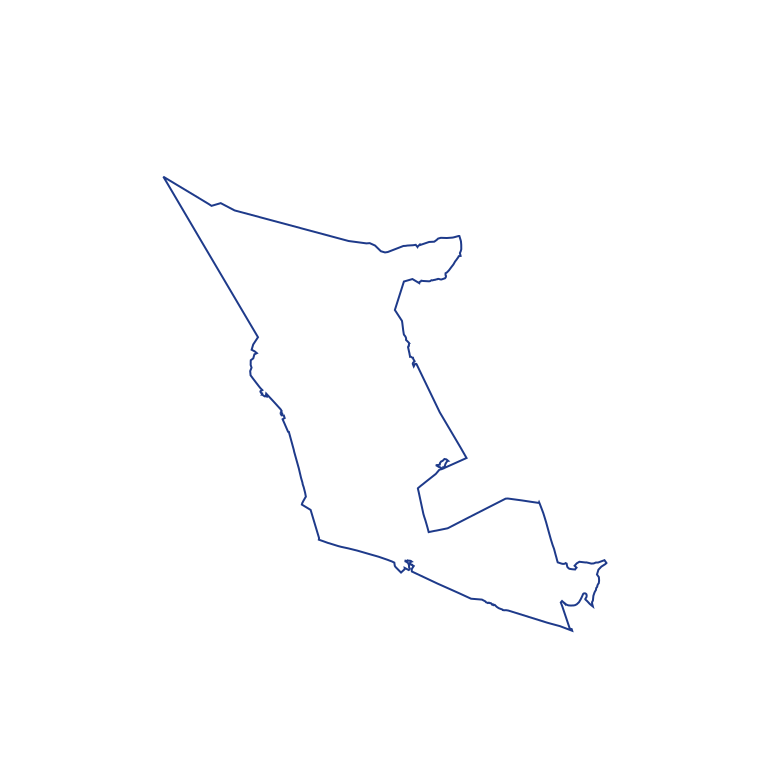 outline of Coatlán del Río, Morelos, Mexico, rotated 308°
{"feature_id": "50627088B55233525258016", "entity_name": "Coatlán del Río", "entity_type": "district", "adm_level": 2, "iso_a3": "MEX", "parent_name": "Mexico", "parent_adm1": "Morelos", "projection": "natural_earth1", "projection_center": [-99.448, 18.734], "detail": "fine", "context": "isolated", "style": "outline", "palette": "blue", "viewbox_px": 768, "rotation_deg": 308, "n_neighbors": 0, "source": "geoboundaries", "source_scale": "gbopen_adm2", "svg_char_len": 5612}
<svg xmlns="http://www.w3.org/2000/svg" viewBox="0 0 768 768"><g transform="rotate(308 384 384)"><path d="M300.4,318.2L299.7,320.0L298.3,320.1L298.3,320.7L298.2,321.8L297.8,321.8L297.7,321.8L296.8,321.2L296.4,322.2L297.1,322.2L297.2,322.3L297.1,324.1L297.5,324.5L296.0,326.7L294.9,326.2L294.6,326.1L293.8,325.8L292.4,328.4L292.1,329.0L287.3,337.8L287.7,338.5L286.5,340.1L276.6,353.4L275.4,354.8L265.0,368.9L258.9,376.5L256.1,380.4L254.9,381.7L253.2,384.3L249.8,388.7L247.1,391.8L245.1,392.0L243.4,392.3L242.9,392.3L241.5,392.6L239.8,392.9L238.4,393.5L239.4,401.9L239.6,403.7L224.5,425.0L222.6,427.7L221.2,428.5L222.7,432.9L224.3,437.8L224.9,439.2L225.3,440.3L228.1,447.7L229.4,450.7L232.5,457.1L236.3,465.6L236.9,467.1L241.6,478.8L243.6,483.7L244.6,486.2L246.7,492.3L247.6,494.9L248.8,498.8L248.9,499.0L249.6,502.1L247.4,504.4L246.9,505.7L246.3,510.3L245.9,513.5L250.7,514.3L251.7,513.6L251.8,513.5L252.6,518.0L253.3,518.2L254.5,517.9L254.9,516.7L256.6,515.2L257.2,514.2L257.5,513.9L257.7,513.4L257.7,511.1L257.4,510.1L258.0,509.7L258.3,510.1L258.8,511.7L259.6,511.4L259.7,511.7L260.8,513.4L261.1,514.2L261.1,515.0L260.4,514.4L260.2,514.7L259.1,515.1L259.1,514.6L258.4,514.6L257.9,515.6L258.3,516.2L258.3,516.9L258.8,517.3L258.9,517.6L258.8,518.1L258.5,518.5L258.9,519.4L258.9,519.5L256.0,519.7L255.0,520.0L254.4,520.4L253.4,521.4L257.3,538.6L259.5,548.3L259.7,549.2L263.0,562.4L265.4,572.1L268.4,584.8L274.4,593.9L274.5,594.5L275.1,597.8L274.8,598.7L275.1,599.6L275.3,600.7L276.2,601.2L276.1,601.5L276.2,601.8L276.9,602.8L277.1,603.1L276.7,604.9L277.4,605.3L277.0,606.0L277.1,606.5L278.1,607.2L277.8,610.0L278.0,612.5L279.2,616.3L279.0,616.8L279.7,618.0L280.9,619.4L282.0,621.4L296.3,659.3L297.7,662.7L301.5,671.7L305.4,684.2L306.4,682.8L305.6,681.0L318.4,661.6L320.7,657.8L322.6,657.9L322.2,661.6L322.5,661.3L322.5,661.5L322.4,662.5L322.5,663.5L322.7,664.6L323.2,665.8L324.3,667.4L326.0,669.5L327.2,670.6L329.0,671.5L332.1,672.0L335.7,671.5L338.9,670.8L340.7,670.3L341.4,670.2L342.1,670.5L342.8,671.3L343.0,672.1L342.9,673.0L341.9,674.1L340.8,674.7L339.8,674.8L339.0,674.9L338.4,675.0L338.2,675.4L338.1,676.5L338.0,677.8L337.4,681.4L337.3,683.7L337.3,685.5L338.9,683.4L340.1,682.3L342.0,681.9L344.1,680.6L346.0,679.4L349.4,678.2L351.2,677.9L352.2,677.8L353.4,677.1L354.1,676.8L354.9,676.9L355.6,676.8L356.4,676.3L357.8,675.9L359.2,675.9L360.6,675.1L361.3,674.7L362.6,673.6L364.1,672.2L365.0,669.1L369.7,667.3L373.9,667.7L378.4,669.3L379.9,669.5L380.9,666.2L375.1,662.6L373.8,660.9L371.7,659.7L370.1,657.9L369.0,655.4L368.0,653.3L367.3,652.5L364.2,647.4L361.3,646.3L358.1,646.1L357.8,648.8L356.6,648.7L355.5,648.8L353.8,646.2L352.5,643.8L352.5,642.5L352.7,641.2L353.4,640.2L354.9,638.5L354.7,637.4L353.8,637.1L353.1,636.6L352.2,635.4L351.7,634.3L350.4,630.7L351.6,629.0L353.6,626.4L355.2,624.2L358.7,619.6L361.0,615.9L362.8,613.3L364.1,611.4L367.7,606.5L374.9,596.8L378.4,591.8L380.4,588.9L383.2,584.3L385.6,580.3L386.3,579.0L385.6,579.2L382.2,573.3L377.2,564.4L370.0,552.1L368.5,550.4L359.5,546.2L350.5,542.0L331.4,533.1L326.2,530.7L309.5,523.0L300.7,515.5L299.3,514.2L294.8,510.4L297.6,506.7L299.8,503.7L302.1,500.5L303.9,497.8L304.1,497.5L305.8,495.1L320.6,477.4L322.5,475.0L322.7,474.9L322.8,474.9L327.0,475.8L328.9,476.3L331.1,476.8L333.2,477.3L345.1,480.2L350.4,480.4L353.1,482.2L352.9,479.3L352.4,478.3L352.1,475.5L351.9,474.8L353.4,476.4L354.8,477.6L356.2,476.8L358.1,476.7L359.5,477.5L362.1,477.8L363.0,479.6L362.9,481.9L362.2,481.3L359.3,481.5L356.7,482.4L354.8,482.7L354.7,482.0L353.6,482.5L376.5,494.6L381.2,483.1L396.0,445.4L419.6,397.6L419.7,397.0L419.0,396.1L416.2,396.6L417.6,394.2L418.8,393.8L420.8,394.1L421.6,391.9L422.5,390.7L422.2,390.4L422.0,388.2L421.5,387.8L423.5,385.5L424.0,385.0L424.1,384.8L427.5,380.7L427.8,380.3L428.1,380.1L428.3,380.1L428.8,380.3L429.7,379.9L429.8,379.6L430.1,379.6L431.4,378.8L431.6,378.9L431.8,378.2L432.1,376.1L432.3,374.2L433.6,373.3L433.9,372.9L434.6,371.6L435.1,369.6L435.2,369.3L435.4,369.0L438.1,366.1L443.6,360.6L444.8,359.3L449.0,347.0L477.0,336.6L484.2,341.8L485.2,349.7L486.1,349.2L486.4,349.2L487.4,349.8L488.1,349.8L488.4,349.8L489.0,351.0L491.9,355.2L492.6,356.2L493.2,356.8L493.7,357.1L494.5,357.3L495.1,357.6L495.5,358.4L496.5,359.1L497.0,359.6L497.6,360.0L497.9,360.4L498.7,360.8L499.2,361.4L499.9,361.7L500.5,362.4L501.1,364.0L501.7,364.9L504.9,367.0L505.5,367.0L506.6,366.8L507.4,366.2L507.7,365.4L509.2,364.3L510.6,364.9L513.4,365.2L517.6,365.1L520.9,365.1L524.3,364.6L525.6,364.6L526.7,364.6L528.1,364.5L529.3,364.5L530.7,364.2L532.1,365.5L533.9,363.2L535.9,362.7L537.8,361.9L541.2,359.2L543.7,356.9L544.4,356.0L547.0,352.3L546.6,351.7L542.8,348.9L541.6,347.9L537.7,343.6L534.2,338.8L531.9,337.1L529.9,336.8L527.1,336.0L523.7,332.1L515.9,327.0L516.1,326.4L512.9,325.9L512.6,326.0L513.2,323.3L512.0,322.2L511.2,321.4L507.5,317.2L506.1,315.9L504.7,314.3L490.3,305.7L488.3,303.8L486.7,299.8L487.6,291.7L486.2,286.0L484.0,283.6L474.9,268.1L428.8,159.4L426.0,144.0L418.2,138.4L417.9,134.9L411.5,82.5L408.4,90.5L384.6,150.8L348.7,242.1L343.3,255.9L334.6,256.6L329.5,258.6L330.1,262.0L330.0,264.8L327.6,263.6L323.7,265.2L320.7,264.4L319.4,265.3L318.8,265.8L316.9,267.2L315.3,269.6L314.9,269.7L311.8,270.6L308.7,273.5L307.6,277.5L306.4,282.1L305.2,286.8L304.8,288.5L304.6,289.5L304.3,291.9L303.3,291.5L302.8,291.2L302.2,291.1L301.8,291.4L301.3,292.7L301.4,293.1L301.6,293.8L301.1,294.1L300.4,294.3L300.6,294.5L300.8,297.6L301.3,298.0L301.5,298.4L301.8,298.8L301.9,299.2L302.0,299.7L302.3,299.7L302.3,300.5L302.4,300.1L302.3,298.0L302.5,297.9L303.9,297.1L302.4,306.6L300.5,317.6L300.4,318.2Z" fill="none" stroke="#1e3a8a" stroke-width="2"/></g></svg>